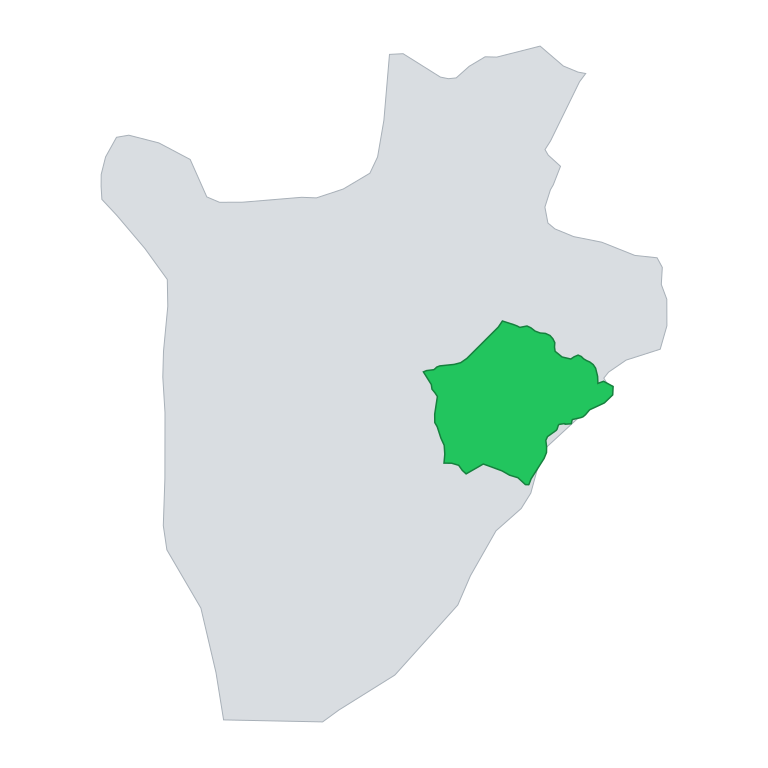 location of Ruyigi within Burundi
{"feature_id": "BDI-2635", "entity_name": "Ruyigi", "entity_type": "Province", "adm_level": 1, "iso_a3": "BDI", "parent_name": "Burundi", "parent_adm1": "", "projection": "mercator", "projection_center": [30.363, -3.445], "detail": "fine", "context": "in_parent", "style": "filled", "palette": "green", "viewbox_px": 768, "rotation_deg": 0, "n_neighbors": 0, "source": "natural_earth", "source_scale": "10m", "svg_char_len": 2136}
<svg xmlns="http://www.w3.org/2000/svg" viewBox="0 0 768 768"><path d="M585.7,73.5L579.5,81.8L550.6,140.8L545.0,149.6L548.2,155.1L560.5,166.3L553.3,184.8L550.4,189.8L544.9,207.1L547.9,223.0L554.9,228.9L573.6,236.6L601.7,242.2L634.8,255.4L657.1,257.8L662.3,267.4L661.3,284.5L666.8,299.3L666.9,325.8L660.2,349.2L626.1,360.1L608.6,372.1L603.8,378.1L608.1,385.2L610.4,394.6L578.3,417.9L545.3,448.3L537.4,468.8L530.8,493.1L521.2,508.5L496.0,530.8L470.4,575.8L457.8,605.0L394.9,675.0L338.9,710.0L322.6,721.9L223.6,719.9L216.0,672.6L200.9,608.1L166.9,549.9L163.3,525.6L164.9,478.6L165.0,412.6L162.8,377.1L163.5,351.3L167.8,306.3L167.3,279.5L144.9,248.5L117.0,215.6L101.9,199.4L101.1,186.4L101.2,174.4L105.6,156.9L116.5,137.3L128.8,135.2L158.8,142.9L190.2,159.5L206.8,196.9L219.5,202.3L242.6,202.2L301.7,197.3L316.4,197.9L343.3,189.0L369.9,173.2L377.6,156.9L383.9,120.3L389.5,54.4L403.1,53.7L440.4,77.1L448.4,78.7L456.2,77.9L469.2,66.3L485.1,56.8L496.8,57.1L540.1,46.1L563.3,66.0L578.0,72.1L585.7,73.5Z" fill="#d9dde1" stroke="#a8b0b8" stroke-width="1"/><path d="M603.6,381.3L613.1,386.5L612.7,394.9L604.4,402.9L589.6,409.8L585.5,414.7L583.0,416.8L580.9,417.6L572.5,419.5L572.0,420.3L571.5,423.1L571.1,423.8L565.1,424.2L564.9,423.7L564.3,423.6L559.1,424.4L558.3,425.3L557.1,429.1L556.3,430.3L547.5,436.6L545.8,440.4L546.6,446.7L546.5,452.5L544.1,458.4L531.1,478.8L528.9,484.5L528.7,484.7L525.4,484.6L517.9,477.7L509.6,475.2L502.1,470.9L483.3,464.0L466.1,473.9L462.3,470.4L458.7,465.3L451.6,463.2L444.0,463.1L444.8,454.2L444.2,445.3L440.9,438.1L437.2,426.7L434.8,422.6L434.7,414.2L437.4,396.5L434.9,392.7L432.0,389.2L431.3,384.5L423.4,371.9L426.5,370.6L433.8,369.7L435.3,368.5L436.7,367.1L439.8,365.9L454.2,364.4L460.7,362.7L466.9,358.4L498.3,327.1L502.4,321.0L514.4,324.9L517.2,326.0L519.8,327.4L527.0,326.0L530.9,327.8L535.1,331.1L540.2,333.0L545.4,333.4L550.0,335.5L552.9,338.8L554.8,342.7L554.5,347.1L555.1,351.3L562.1,357.0L570.8,359.0L574.1,356.8L578.1,355.1L581.3,356.5L583.6,358.8L586.6,360.6L589.8,362.0L593.2,364.6L595.6,368.2L597.6,376.3L597.9,383.4L603.5,381.3L603.6,381.3Z" fill="#22c55e" stroke="#15803d" stroke-width="1.5"/></svg>